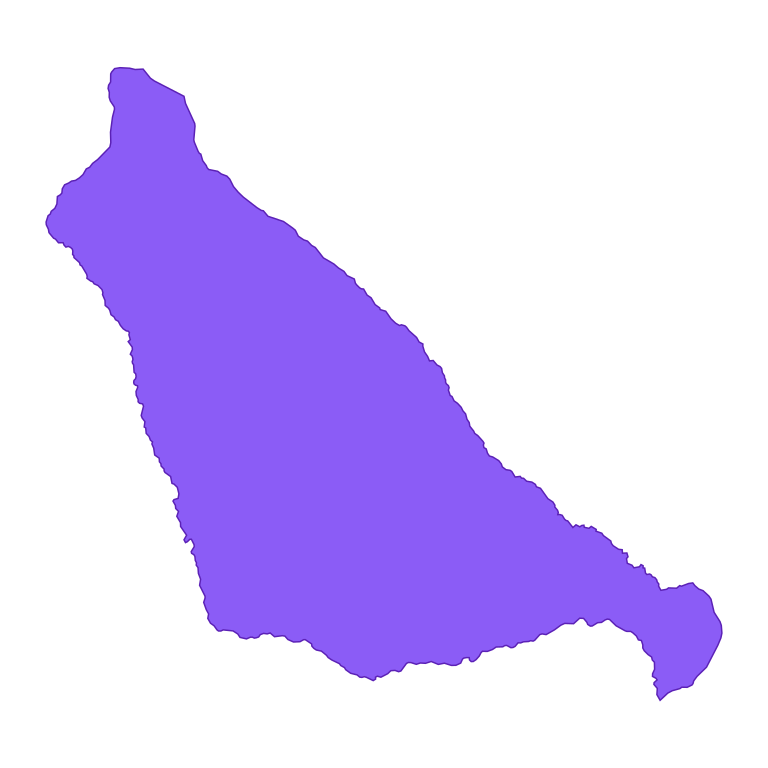 Santa Rita do Pardo, Mato Grosso do Sul, Brazil
{"feature_id": "56859067B17478005205840", "entity_name": "Santa Rita do Pardo", "entity_type": "district", "adm_level": 2, "iso_a3": "BRA", "parent_name": "Brazil", "parent_adm1": "Mato Grosso do Sul", "projection": "orthographic", "projection_center": [-52.737, -21.229], "detail": "fine", "context": "isolated", "style": "filled", "palette": "violet", "viewbox_px": 768, "rotation_deg": 0, "n_neighbors": 0, "source": "geoboundaries", "source_scale": "gbopen_adm2", "svg_char_len": 6071}
<svg xmlns="http://www.w3.org/2000/svg" viewBox="0 0 768 768"><path d="M692.8,582.9L688.6,583.5L681.4,586.2L679.7,585.6L676.6,588.2L668.5,587.9L666.6,589.3L660.9,590.3L658.6,586.1L658.8,584.0L657.2,581.9L656.7,579.8L654.9,577.6L652.3,576.8L651.2,574.9L649.7,574.0L646.8,574.5L645.5,573.1L644.7,568.1L643.1,567.9L643.1,565.7L641.0,564.6L639.4,566.8L633.9,567.8L632.0,565.2L627.3,563.3L626.5,558.6L628.0,556.8L626.9,553.0L622.5,553.2L622.2,549.7L618.6,549.3L613.1,545.7L611.4,543.4L610.8,541.0L603.4,535.6L601.8,533.2L596.0,531.2L596.2,529.4L591.2,526.4L589.0,528.3L584.3,527.3L583.9,525.2L581.7,525.5L579.8,526.8L576.0,524.8L572.9,527.5L567.7,520.9L565.9,520.4L564.5,519.1L562.2,515.3L559.7,514.5L557.8,514.6L558.3,512.4L557.5,510.2L554.8,507.0L554.9,505.2L552.9,502.0L547.9,498.7L540.5,488.3L536.4,486.8L535.4,484.4L531.9,482.1L526.6,481.2L523.6,478.3L521.5,478.1L520.2,476.4L515.1,477.0L511.8,471.5L510.1,470.3L506.0,469.7L502.3,466.9L501.3,463.9L498.8,460.7L492.8,457.0L489.4,456.0L487.5,453.2L486.2,448.9L483.9,447.6L483.4,445.0L484.0,443.1L482.9,441.3L477.9,435.7L474.7,433.4L473.7,431.1L469.8,426.2L469.2,422.5L467.0,419.3L465.6,413.9L462.9,410.8L461.2,407.3L457.5,403.3L454.1,400.9L452.0,396.5L450.2,395.5L448.4,390.1L449.1,387.7L448.4,385.6L446.4,383.9L445.6,382.3L445.6,379.9L444.6,377.9L444.4,375.8L442.4,372.7L441.6,368.4L440.1,366.6L437.0,365.0L433.2,360.5L429.5,360.9L427.6,356.4L424.5,351.9L422.8,346.1L422.9,344.0L419.1,342.0L416.6,337.5L409.0,330.7L406.5,327.2L404.9,325.8L401.4,324.8L399.5,325.5L395.6,323.2L391.0,318.8L385.7,311.2L380.2,309.6L379.7,307.9L375.1,304.6L371.1,297.8L367.1,295.1L363.6,289.0L361.3,288.8L359.6,287.8L356.6,284.8L355.4,283.2L354.3,279.0L347.0,275.6L344.0,271.4L338.5,268.0L333.9,264.0L323.4,257.9L315.3,247.5L311.7,245.5L307.5,241.1L303.8,239.9L298.3,236.2L295.3,230.2L292.9,228.2L283.5,221.5L268.0,216.3L263.4,210.8L261.3,210.4L257.0,207.7L243.4,197.2L238.2,192.2L233.5,186.6L229.8,179.2L226.9,176.1L221.3,174.0L217.7,171.3L208.7,169.5L207.1,167.7L206.3,165.6L202.7,160.7L200.8,154.1L199.4,153.4L198.1,151.3L194.3,142.1L193.8,139.8L195.0,126.2L194.7,123.5L185.5,103.4L184.0,96.3L154.4,81.0L150.4,78.2L143.1,69.1L135.1,69.5L129.7,68.2L120.0,67.7L114.6,68.6L111.6,72.1L110.7,73.9L110.6,82.0L108.6,85.2L108.1,88.5L109.3,92.3L109.2,97.3L110.3,100.9L114.3,106.9L114.5,109.2L112.5,117.1L110.5,132.2L110.8,142.7L109.9,147.0L97.6,159.6L92.6,163.4L89.7,167.2L86.3,168.9L83.0,174.6L79.5,177.8L75.5,180.4L71.5,181.1L68.7,183.0L64.6,184.8L62.3,188.8L61.9,193.0L60.3,194.8L57.4,196.5L56.9,204.0L54.8,208.4L51.2,211.3L50.3,214.0L48.1,215.7L46.1,222.0L46.3,224.8L48.4,229.2L49.0,232.7L53.6,238.2L55.5,239.1L58.5,242.8L63.1,242.7L64.1,245.2L65.9,247.1L68.3,246.4L70.5,247.4L72.3,249.1L72.8,251.0L72.6,254.5L73.8,255.7L74.0,257.6L79.5,262.6L80.1,265.0L81.7,265.9L86.6,274.1L87.2,276.3L86.9,278.3L90.8,281.1L92.7,281.7L94.1,283.8L98.0,285.5L102.0,289.6L102.9,292.7L102.5,294.5L105.0,300.4L105.2,305.5L108.5,308.2L109.8,310.3L111.0,314.7L114.1,317.0L115.5,319.7L118.3,321.3L120.4,325.4L123.2,328.8L126.3,330.9L128.3,331.2L129.4,332.6L128.9,334.8L130.3,339.6L128.2,341.6L132.2,347.1L132.4,349.6L130.3,354.2L132.1,356.0L132.7,358.0L132.9,359.7L132.2,361.5L132.5,363.2L133.6,364.8L134.1,372.3L135.7,373.8L136.1,376.4L135.6,378.7L134.0,380.4L133.7,382.2L134.0,383.9L135.5,385.2L137.5,385.7L137.7,387.4L136.0,391.5L136.3,395.4L138.2,399.5L138.1,401.8L139.6,403.3L142.6,403.9L143.5,406.2L141.2,415.5L142.2,418.1L144.9,421.6L144.2,427.0L145.7,427.9L146.2,433.4L149.1,436.5L150.4,440.1L152.5,441.9L151.9,444.0L153.7,448.1L154.7,455.0L159.2,458.2L159.4,461.8L160.9,463.6L161.1,466.0L164.1,469.1L164.1,470.9L165.0,472.5L170.6,476.5L172.0,483.4L174.0,484.1L177.3,487.3L178.9,493.8L178.1,498.4L174.0,499.6L173.0,501.1L175.4,505.4L175.7,508.5L178.5,511.4L176.8,516.3L180.5,522.6L180.6,526.5L186.6,535.2L184.0,539.8L185.5,542.6L187.4,541.7L189.8,539.3L191.4,539.3L194.1,544.7L194.2,546.7L191.2,551.6L191.6,553.3L193.9,554.7L194.9,556.4L195.3,560.5L196.5,562.8L196.2,565.1L198.0,567.6L198.4,573.4L200.6,579.2L199.6,585.3L205.0,596.1L205.1,598.0L203.7,602.4L206.3,609.7L208.6,613.9L207.8,618.4L210.5,623.2L214.1,625.8L217.0,629.9L218.5,631.0L220.9,631.0L223.2,629.9L233.0,630.9L237.8,634.0L240.0,637.4L246.5,638.9L250.4,637.2L252.4,637.2L254.3,638.1L256.2,637.8L258.6,637.0L260.3,634.6L263.6,633.4L267.2,633.9L270.2,633.0L274.5,636.7L282.3,635.7L284.9,636.1L287.9,639.5L293.5,642.0L300.0,641.7L303.6,639.7L305.2,639.6L311.6,643.9L311.9,646.2L313.9,648.4L316.3,650.0L321.4,651.1L326.5,655.3L328.1,657.5L331.8,660.0L339.5,663.7L340.7,665.5L344.5,667.6L345.7,669.7L350.7,673.3L357.1,674.9L359.7,677.1L361.9,677.4L364.3,676.7L366.4,677.3L373.2,680.6L375.6,679.1L375.5,677.2L377.3,676.2L380.9,677.2L387.7,673.7L390.8,670.7L395.0,670.4L398.6,671.7L400.9,671.0L406.5,663.4L408.3,662.5L411.0,662.6L416.3,664.3L420.4,663.0L425.5,663.3L431.2,661.5L438.3,664.4L444.4,663.2L451.4,665.4L455.9,665.3L460.7,663.1L462.5,659.1L463.8,658.1L466.5,657.6L469.2,657.6L469.5,659.9L471.2,661.6L473.3,661.5L476.1,659.6L479.3,656.0L481.0,652.7L482.4,651.3L487.4,651.4L492.5,649.5L496.2,647.0L502.8,646.8L504.7,645.6L506.7,645.4L510.9,647.7L513.0,647.5L515.1,646.4L518.1,642.8L520.7,642.9L523.5,641.8L528.6,641.5L530.6,640.7L533.1,641.1L534.7,640.3L539.8,634.6L542.1,633.9L546.1,634.6L554.4,629.9L560.8,625.2L564.7,623.4L573.6,623.7L579.7,618.2L583.6,618.4L586.9,622.3L587.7,624.4L590.3,626.1L592.2,626.0L597.6,622.7L601.5,622.4L605.2,619.9L607.3,619.1L609.5,619.4L616.1,625.8L625.1,630.8L626.9,631.4L630.7,631.4L632.7,632.7L636.4,636.0L638.4,639.9L641.4,640.5L642.8,644.9L642.8,648.0L644.2,650.7L648.1,654.6L651.6,657.0L652.3,660.0L654.4,662.2L654.6,669.3L652.6,673.7L652.5,676.4L656.0,678.3L657.1,679.9L654.1,682.6L653.9,684.4L657.3,688.4L656.9,694.6L660.1,700.3L667.8,693.1L672.3,690.7L679.9,688.6L681.8,687.2L687.2,687.3L692.0,685.0L693.0,683.6L693.7,680.9L697.1,676.3L706.5,667.2L717.8,645.3L720.9,637.9L721.9,633.1L721.3,625.4L720.0,621.6L714.1,612.3L711.0,599.2L709.0,596.2L703.1,590.7L698.7,589.0L694.8,585.6L692.8,582.9Z" fill="#8b5cf6" stroke="#5b21b6" stroke-width="1.5"/></svg>